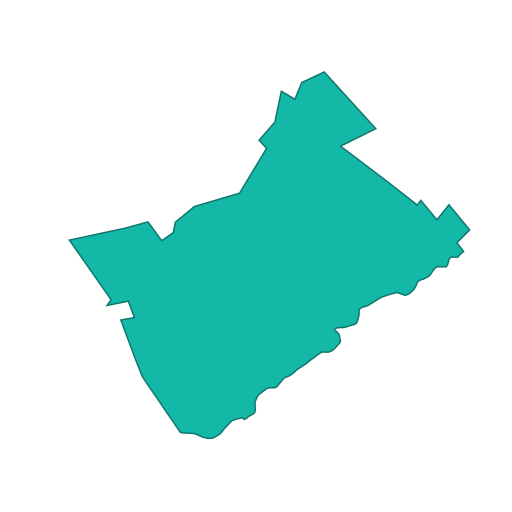 Sullivan, New Hampshire, United States of America, rotated 226°
{"feature_id": "52423323B69622605067069", "entity_name": "Sullivan", "entity_type": "district", "adm_level": 2, "iso_a3": "USA", "parent_name": "United States of America", "parent_adm1": "New Hampshire", "projection": "mercator", "projection_center": [-72.337, 43.365], "detail": "fine", "context": "isolated", "style": "filled", "palette": "teal", "viewbox_px": 512, "rotation_deg": 226, "n_neighbors": 0, "source": "geoboundaries", "source_scale": "gbopen_adm2", "svg_char_len": 1674}
<svg xmlns="http://www.w3.org/2000/svg" viewBox="0 0 512 512"><g transform="rotate(226 256 256)"><path d="M181.9,79.1L180.5,79.7L170.9,88.5L163.2,91.6L158.2,94.7L154.8,98.8L153.0,106.3L153.0,107.5L153.8,113.2L154.3,123.8L152.7,128.0L149.5,133.3L148.6,134.0L146.7,133.9L145.8,136.6L145.8,139.1L144.3,144.4L144.4,146.4L145.6,148.5L149.3,151.6L151.9,154.3L154.0,159.5L154.3,160.8L154.2,163.2L153.5,169.5L152.9,172.6L152.0,173.9L148.2,178.0L147.7,179.1L147.6,180.8L148.7,191.2L148.4,192.6L146.8,196.1L145.9,200.7L145.8,206.4L145.5,207.9L145.5,208.0L143.6,218.2L143.5,221.4L142.7,227.2L141.5,235.7L140.7,237.2L136.4,241.5L135.2,244.5L134.8,247.3L135.3,255.3L135.5,256.5L136.3,257.7L141.4,261.1L143.3,261.5L147.8,261.3L149.0,262.0L148.5,263.5L146.1,266.9L143.9,269.0L143.0,270.4L139.9,276.4L139.9,276.5L138.6,278.9L137.9,281.0L138.0,281.9L138.8,284.0L142.2,289.4L144.9,291.9L145.8,293.8L146.0,295.0L142.6,302.2L139.3,317.6L135.1,326.2L131.8,332.1L124.3,335.8L123.7,336.6L122.4,340.0L122.3,346.5L123.6,350.9L124.9,353.5L125.2,354.6L125.1,354.9L124.8,356.9L123.0,360.7L121.5,365.4L121.4,368.2L122.5,372.9L123.0,377.6L122.3,378.9L116.1,385.3L116.6,387.7L119.7,392.9L119.9,394.8L119.1,396.1L114.9,400.5L115.3,402.0L115.1,408.5L126.0,409.7L126.3,427.8L158.8,430.4L156.4,411.3L181.6,413.2L180.6,407.4L218.6,402.1L276.3,393.1L264.4,430.6L341.0,432.9L349.0,409.5L341.7,392.8L356.9,388.7L339.2,362.6L337.1,338.6L326.1,338.4L312.6,287.8L318.9,275.8L334.4,246.0L336.3,221.5L330.3,212.8L332.5,198.8L355.6,202.0L367.1,180.9L397.1,132.8L325.2,121.4L323.9,114.5L312.2,132.8L296.2,125.7L303.8,114.3L268.4,98.8L248.2,90.4L181.9,79.1Z" fill="#14b8a6" stroke="#0f766e" stroke-width="1.5"/></g></svg>